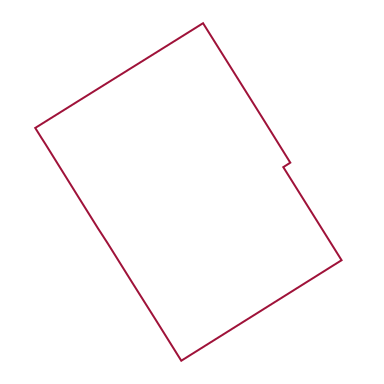 the district of Mower, Minnesota, United States of America, rotated 58°
{"feature_id": "52423323B52141810404240", "entity_name": "Mower", "entity_type": "district", "adm_level": 2, "iso_a3": "USA", "parent_name": "United States of America", "parent_adm1": "Minnesota", "projection": "robinson", "projection_center": [-92.779, 43.674], "detail": "fine", "context": "isolated", "style": "outline", "palette": "rose", "viewbox_px": 384, "rotation_deg": 58, "n_neighbors": 0, "source": "geoboundaries", "source_scale": "gbopen_adm2", "svg_char_len": 463}
<svg xmlns="http://www.w3.org/2000/svg" viewBox="0 0 384 384"><g transform="rotate(58 192 192)"><path d="M219.2,93.1L169.1,93.0L109.3,93.1L56.3,93.2L54.7,93.2L54.7,142.8L54.6,241.5L54.6,291.0L65.9,291.0L66.0,291.0L73.5,290.9L136.5,291.0L173.1,291.0L190.6,290.7L211.1,290.7L217.8,290.7L219.5,290.7L227.0,290.7L235.8,290.7L237.7,290.7L281.7,290.5L322.3,290.5L329.4,290.5L329.1,101.3L219.3,101.4L219.2,93.1Z" fill="none" stroke="#9f1239" stroke-width="2"/></g></svg>